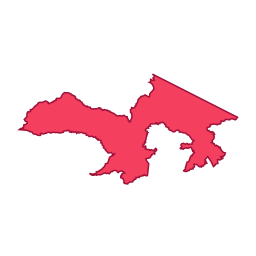 Itaituba, Pará, Brazil (Natural Earth projection), rotated 95°
{"feature_id": "56859067B66387525503702", "entity_name": "Itaituba", "entity_type": "district", "adm_level": 2, "iso_a3": "BRA", "parent_name": "Brazil", "parent_adm1": "Pará", "projection": "natural_earth1", "projection_center": [-56.242, -6.032], "detail": "fine", "context": "isolated", "style": "filled", "palette": "rose", "viewbox_px": 256, "rotation_deg": 95, "n_neighbors": 0, "source": "geoboundaries", "source_scale": "gbopen_adm2", "svg_char_len": 5956}
<svg xmlns="http://www.w3.org/2000/svg" viewBox="0 0 256 256"><g transform="rotate(95 128 128)"><path d="M72.2,108.3L73.8,106.4L75.3,106.5L76.0,107.5L78.0,105.9L78.6,107.0L77.6,109.7L80.2,109.5L80.6,110.6L81.0,109.4L82.7,107.2L85.6,105.8L87.4,105.8L91.7,109.1L95.1,109.4L94.9,110.9L93.5,113.9L94.7,115.5L95.5,118.0L96.1,117.9L98.4,120.2L102.2,121.0L103.5,122.2L104.9,121.8L105.3,122.7L107.4,123.4L107.7,124.0L107.3,126.1L108.3,126.0L109.4,127.1L110.2,127.1L112.5,126.7L112.8,125.7L116.8,125.0L121.9,126.5L121.7,127.4L120.8,127.4L120.1,128.6L119.3,128.5L118.4,129.6L116.9,129.8L116.7,131.7L115.8,132.9L115.8,133.8L116.8,135.0L116.3,136.8L117.0,139.9L114.6,143.6L114.5,145.0L113.9,145.5L113.6,147.4L112.9,147.5L113.1,148.2L112.4,149.1L112.6,149.8L111.9,150.6L112.2,151.1L111.7,153.3L112.6,154.7L112.1,154.8L111.4,156.9L110.6,157.0L110.9,158.0L110.3,158.5L111.3,160.0L112.2,165.3L111.6,167.0L110.6,167.5L110.5,170.1L109.8,170.3L110.4,171.5L110.2,172.0L109.7,172.2L108.8,174.3L108.2,174.3L108.2,175.2L106.3,176.2L106.0,177.2L104.5,178.6L105.0,179.2L103.7,181.2L103.5,182.6L102.4,183.2L101.9,182.9L100.7,184.0L100.7,185.1L99.8,186.3L99.9,187.0L99.1,187.6L98.2,190.3L98.3,194.5L100.2,196.2L103.6,197.5L104.6,199.2L104.6,201.5L105.7,202.3L106.1,201.8L106.7,202.0L108.0,205.0L108.9,205.0L109.1,206.2L110.7,208.7L110.5,209.6L109.5,209.5L108.3,212.0L108.4,212.9L109.9,215.3L110.2,218.5L111.2,219.9L112.4,220.2L114.1,222.4L116.8,224.2L117.9,225.5L118.2,226.9L118.8,227.0L119.4,226.4L120.4,226.8L120.6,229.2L122.1,229.9L125.6,229.7L128.5,232.1L130.2,230.9L130.9,228.9L132.0,228.8L133.1,229.8L134.0,232.1L135.9,231.9L136.6,232.8L137.5,232.3L137.8,234.8L139.1,236.2L139.1,228.7L139.7,226.3L140.4,225.3L140.0,224.5L140.3,223.5L141.9,222.0L142.2,221.1L142.2,219.3L143.1,217.3L143.1,214.9L142.4,214.2L141.3,214.7L140.8,213.9L141.4,211.8L140.4,209.6L140.5,209.1L139.6,208.2L139.1,205.8L139.8,204.5L138.6,202.0L138.9,199.8L138.5,197.6L139.0,196.5L138.7,194.5L138.3,194.1L138.4,193.3L137.8,191.9L137.1,192.0L136.4,191.3L136.1,188.9L135.7,188.7L135.9,187.2L135.4,186.7L136.9,185.9L137.3,184.5L137.3,184.0L136.6,184.3L136.2,183.7L137.1,181.5L136.2,180.3L136.7,179.4L137.8,178.7L136.8,178.0L137.1,177.4L136.6,176.9L137.1,176.8L137.1,175.7L136.2,174.1L137.3,171.9L137.1,169.4L138.8,168.9L138.7,167.5L139.9,166.1L139.3,163.0L140.3,161.5L139.6,159.5L140.9,159.2L141.4,157.2L142.0,157.7L142.7,156.7L142.5,154.9L143.2,153.5L145.1,153.9L145.5,152.5L147.4,152.1L147.5,151.5L148.7,150.5L149.7,150.9L151.2,148.6L152.1,148.5L153.2,146.9L154.4,146.0L154.6,145.4L154.0,142.6L154.8,141.5L155.6,141.2L155.0,139.3L156.8,140.3L156.7,141.3L158.8,143.8L164.6,145.1L165.6,147.3L168.0,147.8L171.7,150.9L172.9,152.9L173.6,153.1L174.5,155.8L176.3,155.8L176.6,157.9L177.2,158.2L176.7,161.8L177.1,161.8L178.1,159.9L178.1,157.8L177.3,156.7L177.8,155.1L177.0,154.0L177.1,151.5L174.7,147.1L175.3,145.7L174.8,144.3L175.2,142.7L172.8,140.8L172.8,139.7L172.0,139.4L171.5,137.9L171.4,136.1L172.4,134.6L173.1,134.5L173.2,133.7L171.9,132.7L171.4,130.4L172.1,128.4L173.2,127.4L173.5,129.1L174.3,130.1L176.1,130.2L176.0,130.8L176.8,131.0L178.2,130.9L178.5,129.2L179.5,128.3L181.9,126.9L182.8,127.5L183.5,126.5L183.8,123.4L182.7,123.0L181.7,121.3L181.2,118.6L180.3,118.6L179.1,117.2L178.5,117.1L178.4,115.9L176.6,115.6L176.8,114.9L176.3,114.4L176.3,112.7L176.0,112.9L175.3,112.1L174.3,109.3L173.6,108.5L174.1,108.5L173.4,106.9L174.0,106.1L173.7,104.5L161.9,104.2L158.8,106.8L157.0,107.5L155.9,103.8L154.6,102.8L153.7,103.0L153.1,101.9L152.3,101.9L151.6,101.0L151.2,100.0L151.7,99.2L150.4,99.1L149.4,99.6L148.1,97.7L147.2,97.5L146.1,98.1L145.9,98.8L147.5,99.8L148.2,101.1L147.6,102.6L147.8,103.9L148.3,104.1L147.6,105.2L147.8,107.7L146.9,108.3L147.1,108.6L146.0,108.6L146.3,109.0L144.5,109.1L145.4,110.9L145.0,111.7L142.9,111.5L143.1,110.7L140.6,109.2L140.3,110.3L137.8,109.0L136.6,109.3L135.0,108.7L132.9,108.9L132.9,108.3L131.7,108.5L130.9,107.6L130.3,108.6L129.6,108.5L129.2,110.4L127.7,110.3L126.2,108.4L126.4,107.5L124.9,107.8L124.3,107.0L124.2,105.8L123.6,106.2L122.0,105.7L121.4,100.6L120.6,100.8L120.4,99.1L121.6,99.0L121.8,98.4L121.2,98.4L120.8,96.6L119.8,96.6L119.6,94.3L119.2,94.0L120.1,92.4L121.1,91.9L121.1,91.0L123.4,90.3L124.2,87.6L125.4,87.6L126.5,86.3L126.7,84.9L127.9,82.8L127.7,81.2L126.1,79.7L125.8,77.5L126.3,76.8L127.6,76.5L127.4,74.0L127.9,73.1L128.0,70.3L129.5,68.2L130.0,66.5L134.2,63.0L134.8,61.2L136.8,62.8L138.5,62.8L138.7,65.5L139.2,66.1L138.2,67.8L139.2,69.5L138.4,71.3L139.0,73.2L140.4,73.8L142.1,72.7L142.9,73.2L143.1,74.0L143.6,74.1L144.2,73.4L143.8,72.3L144.4,71.2L143.5,70.3L142.7,68.4L143.1,66.9L141.8,63.7L142.0,63.1L144.5,62.0L144.6,61.4L145.0,61.4L144.8,60.7L145.4,60.5L145.9,61.1L146.6,59.7L149.3,61.8L149.9,61.6L150.0,62.5L151.1,63.2L155.5,64.3L156.5,65.1L156.9,66.2L162.8,67.4L164.1,67.1L164.7,68.1L165.7,68.9L166.0,68.6L166.4,66.9L165.9,65.3L165.3,65.0L165.2,63.7L164.0,62.9L163.0,59.6L162.1,59.8L160.9,58.4L159.1,59.0L158.1,58.8L158.6,57.6L158.4,56.1L160.1,54.2L160.5,52.8L160.1,52.4L160.4,51.4L159.2,51.4L159.5,50.1L158.9,49.3L158.0,49.2L157.1,47.9L156.7,48.1L156.3,46.4L154.9,47.1L154.9,48.3L153.8,47.8L153.1,48.6L149.5,46.1L154.2,42.3L159.0,39.5L157.3,37.9L156.4,37.7L155.4,35.4L151.8,36.1L151.4,34.2L151.9,33.8L150.2,31.1L149.4,32.4L149.1,32.0L148.4,32.8L148.4,30.7L147.5,30.8L147.0,29.5L144.4,28.8L143.9,31.3L143.1,31.7L142.6,32.7L139.3,34.6L140.0,35.2L138.8,36.4L138.6,36.2L137.9,37.5L137.5,38.6L138.1,38.9L137.9,39.9L136.1,40.8L135.9,41.4L136.2,41.9L135.2,42.8L135.2,43.4L134.4,42.6L133.2,43.2L131.2,41.5L128.9,41.4L128.3,42.1L126.8,41.2L126.5,42.4L126.2,41.8L125.2,42.1L124.4,43.4L125.0,44.7L124.6,44.8L124.6,46.2L123.5,47.0L123.7,49.1L123.3,48.5L122.1,49.3L120.7,49.1L119.7,46.6L119.0,46.6L118.7,46.0L117.4,46.4L116.5,42.1L117.0,39.2L115.9,38.2L116.2,37.5L115.8,36.5L114.8,35.8L113.0,36.0L113.0,33.3L112.3,32.2L110.9,31.7L111.0,27.4L110.2,27.0L109.7,24.9L110.5,21.9L110.1,21.2L107.8,19.8L72.2,108.3Z" fill="#f43f5e" stroke="#9f1239" stroke-width="1.5"/></g></svg>